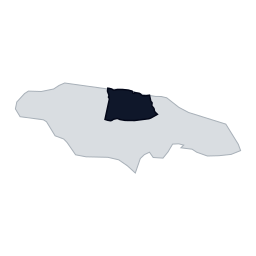 Saint Ann on a map of Jamaica (orthographic projection)
{"feature_id": "JAM-1379", "entity_name": "Saint Ann", "entity_type": "Parish", "adm_level": 1, "iso_a3": "JAM", "parent_name": "Jamaica", "parent_adm1": "", "projection": "orthographic", "projection_center": [-77.258, 18.33], "detail": "fine", "context": "in_parent", "style": "filled", "palette": "ink", "viewbox_px": 256, "rotation_deg": 0, "n_neighbors": 0, "source": "natural_earth", "source_scale": "10m", "svg_char_len": 1544}
<svg xmlns="http://www.w3.org/2000/svg" viewBox="0 0 256 256"><path d="M129.3,90.3L142.2,94.3L155.5,96.4L161.2,96.5L166.7,97.8L178.8,107.3L188.6,112.5L225.8,124.1L238.3,144.3L240.6,150.6L231.1,154.4L219.0,155.7L207.4,156.0L196.7,152.2L192.1,149.2L180.9,147.8L183.7,145.1L178.7,143.8L172.6,144.1L168.0,151.9L163.0,158.1L153.2,157.5L149.5,152.2L144.4,154.6L140.3,158.5L135.3,173.0L127.4,165.8L118.7,159.8L107.9,157.3L86.0,156.8L75.6,154.8L67.1,142.5L63.7,139.0L55.1,135.8L46.5,121.7L43.4,119.8L20.1,116.7L15.4,108.9L16.8,102.0L24.6,93.5L28.4,91.1L41.3,91.5L53.6,89.0L59.1,85.4L64.7,83.0L109.2,89.2L119.5,89.3L129.3,90.3Z" fill="#d9dde1" stroke="#a8b0b8" stroke-width="1"/><path d="M107.8,88.2L108.9,88.3L111.6,89.0L113.8,90.3L117.2,89.5L122.6,89.5L128.2,90.1L132.0,91.1L132.5,91.6L132.8,93.0L133.4,93.4L134.0,93.5L134.6,93.2L134.9,92.8L134.8,92.6L139.5,93.4L140.1,93.8L141.9,95.4L142.4,95.7L145.9,95.8L149.5,95.2L149.6,95.7L150.5,99.8L150.6,100.4L150.8,101.2L151.0,101.6L151.6,102.1L151.9,102.5L152.1,102.9L151.8,105.4L151.9,105.8L152.1,106.2L153.4,107.7L153.9,108.4L154.2,109.5L154.3,110.4L154.5,111.0L154.6,111.3L155.3,112.3L157.4,114.3L151.0,117.9L148.9,118.7L134.7,120.5L125.1,120.4L119.9,119.5L117.9,118.6L117.3,118.5L116.9,118.5L113.3,119.3L113.1,119.5L112.3,120.1L111.9,120.3L111.2,120.6L110.7,120.7L110.2,120.7L107.5,120.2L105.0,119.4L109.3,99.4L109.3,98.8L109.2,98.3L108.7,97.6L108.5,97.3L108.5,96.9L108.8,96.2L108.9,95.6L108.8,94.7L107.6,91.6L107.5,90.7L107.8,88.5L107.8,88.2Z" fill="#0f172a" stroke="#020617" stroke-width="1.5"/></svg>